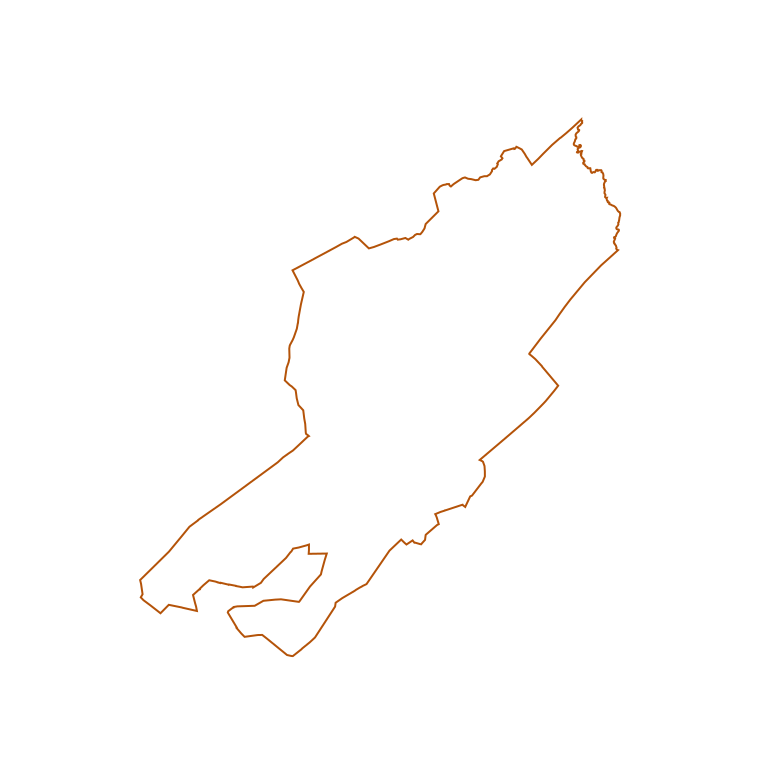 the district of Pušmucovas pag., Ciblas, Latvia, rotated 138°
{"feature_id": "27541924B48710808686616", "entity_name": "Pušmucovas pag.", "entity_type": "district", "adm_level": 2, "iso_a3": "LVA", "parent_name": "Latvia", "parent_adm1": "Ciblas", "projection": "robinson", "projection_center": [27.687, 56.641], "detail": "fine", "context": "isolated", "style": "outline", "palette": "amber", "viewbox_px": 768, "rotation_deg": 138, "n_neighbors": 0, "source": "geoboundaries", "source_scale": "gbopen_adm2", "svg_char_len": 5905}
<svg xmlns="http://www.w3.org/2000/svg" viewBox="0 0 768 768"><g transform="rotate(138 384 384)"><path d="M703.5,363.2L691.7,363.9L683.7,353.1L683.6,352.8L674.9,340.5L672.6,344.3L671.0,347.6L667.1,355.0L659.5,355.0L658.8,354.8L658.2,354.6L658.0,355.1L652.9,355.3L645.2,355.1L641.5,350.0L639.7,347.0L639.8,347.0L638.8,345.5L638.4,345.6L634.0,339.2L633.8,338.7L633.4,338.8L629.1,333.1L629.2,332.9L627.0,330.1L625.5,328.0L625.1,327.5L617.0,321.2L616.8,320.9L617.3,320.3L608.5,318.6L603.9,319.6L573.2,320.3L566.0,321.6L565.1,321.5L561.7,322.5L556.9,319.6L549.7,316.0L547.2,314.9L551.0,310.7L553.6,308.2L540.0,296.3L545.6,293.0L555.6,286.6L558.3,284.7L574.5,283.0L591.9,279.1L593.0,279.0L604.6,292.9L609.2,296.6L618.7,303.6L628.5,305.7L641.8,316.9L645.0,318.9L645.4,318.5L646.3,318.9L651.8,319.4L653.0,318.7L656.4,301.4L656.8,301.4L657.0,294.1L656.8,289.4L645.9,282.0L642.4,279.0L641.5,273.9L637.4,247.5L635.3,244.5L634.6,243.6L633.8,242.8L622.7,242.1L622.2,242.2L621.5,242.2L611.8,241.7L604.9,241.8L569.3,251.3L566.3,253.8L558.3,252.8L544.0,249.9L542.7,249.8L538.1,248.9L535.9,248.3L535.3,248.3L530.9,247.0L491.4,256.5L475.3,256.9L475.0,252.1L474.7,249.7L467.4,248.6L467.6,245.7L467.1,245.4L464.2,240.7L463.6,240.0L462.7,240.2L457.8,240.7L454.1,243.9L453.7,244.0L438.9,243.7L437.1,243.2L434.1,249.5L433.3,251.7L433.0,253.0L427.6,251.1L423.4,249.2L423.2,249.3L422.2,248.7L408.1,242.5L406.4,241.7L406.5,241.3L405.9,238.3L395.4,242.7L394.9,242.8L393.8,242.3L393.2,242.2L378.2,245.0L376.5,245.2L376.1,245.3L371.0,247.7L370.7,248.0L367.5,251.6L364.2,255.8L362.5,259.9L362.6,260.8L363.7,263.5L325.6,262.4L299.4,261.8L291.5,262.0L278.8,262.8L275.3,263.1L262.3,265.0L255.7,266.2L254.9,291.0L254.7,291.5L254.9,301.3L255.5,306.2L256.0,309.0L255.9,309.2L255.6,309.4L237.3,312.9L213.9,316.7L207.1,318.4L198.5,320.3L189.0,322.1L166.7,325.3L143.3,326.9L120.5,326.9L120.9,327.8L120.9,329.1L120.7,329.4L119.9,329.8L119.5,330.8L119.0,331.8L119.0,333.5L118.6,334.0L118.8,334.6L118.4,335.1L118.2,335.8L117.8,336.1L114.9,337.4L114.8,337.8L115.3,338.3L115.3,338.5L115.2,338.8L114.6,339.1L113.4,338.6L113.0,338.6L111.2,339.6L109.6,340.2L107.0,340.7L106.6,341.0L106.3,341.5L106.3,341.8L107.1,342.7L107.4,343.4L107.2,344.2L106.9,344.6L106.5,344.9L104.2,345.3L103.1,345.7L102.0,347.2L101.3,347.2L99.9,348.3L99.6,348.4L99.2,348.8L97.4,350.3L95.8,351.2L94.4,352.7L94.3,353.2L93.9,353.9L93.9,354.1L94.3,354.7L94.4,355.9L94.3,356.8L93.7,359.5L93.7,360.6L93.9,361.9L94.2,362.8L94.9,364.0L95.3,365.3L96.2,366.9L96.1,367.2L95.3,367.7L95.2,368.1L95.2,368.3L95.8,368.8L96.0,369.3L95.9,369.6L95.2,370.3L95.2,370.5L95.5,371.0L95.3,371.6L94.7,372.4L94.6,373.0L93.8,373.3L94.4,373.8L94.6,374.6L94.6,375.0L94.0,375.6L92.9,376.3L92.7,376.8L92.5,378.2L91.7,379.1L90.1,380.3L89.6,381.4L89.1,381.8L89.2,382.4L89.0,382.8L88.7,382.8L87.6,384.3L87.4,384.8L86.3,385.7L84.5,386.5L84.2,386.6L83.4,386.4L82.7,387.3L83.4,388.0L83.6,389.7L83.3,390.3L81.4,392.1L80.5,393.5L80.2,394.6L80.1,395.0L80.6,395.8L79.5,397.1L79.5,397.5L80.9,398.8L82.4,399.3L82.6,399.5L82.1,400.3L83.0,401.1L83.3,401.1L85.2,400.3L85.8,400.3L86.6,401.4L87.3,401.6L88.0,401.6L88.3,401.9L88.4,402.4L88.0,403.7L86.3,406.3L86.4,406.5L87.5,407.2L88.0,407.7L88.1,408.3L87.7,408.8L87.7,409.1L88.2,410.7L88.1,411.9L88.2,412.6L87.9,413.0L88.5,414.3L88.1,415.0L87.7,415.2L86.5,415.1L85.8,415.5L85.6,415.9L86.0,416.4L85.9,416.6L85.7,417.1L85.1,417.7L85.1,418.2L85.3,418.7L85.4,419.7L84.6,422.3L84.2,422.8L84.0,423.0L83.3,422.9L83.2,423.1L83.4,423.5L82.5,423.8L80.9,424.6L81.1,424.9L82.4,425.3L83.4,425.9L85.0,426.1L85.6,426.9L85.6,427.1L85.3,427.3L84.6,427.2L83.9,427.4L83.5,427.8L83.2,428.7L82.7,429.1L82.2,429.1L81.6,429.3L80.1,428.7L79.6,428.6L78.5,429.0L78.2,429.3L78.1,429.6L78.2,430.3L78.9,430.8L79.8,430.1L80.1,430.0L80.7,429.9L81.2,430.1L81.2,430.6L81.7,431.3L81.7,431.9L82.4,433.1L82.7,433.9L82.8,434.7L82.6,435.1L81.9,435.8L79.9,436.6L78.1,437.8L76.9,437.8L76.3,438.3L75.9,438.7L76.0,439.4L75.2,440.6L74.6,441.2L73.2,441.6L70.3,441.5L69.2,441.9L69.0,442.1L69.0,442.3L69.5,442.7L69.6,443.2L68.6,445.0L67.0,445.3L64.8,445.0L63.6,445.4L62.5,445.3L62.0,445.4L61.8,445.6L61.7,446.0L60.7,446.9L60.8,447.2L61.0,447.5L61.1,447.8L61.0,448.1L60.5,448.6L72.7,448.4L80.8,448.5L87.8,448.8L88.6,449.0L99.1,449.2L111.5,448.6L118.6,448.1L127.5,447.9L126.2,456.7L126.2,457.3L125.4,460.8L124.7,466.1L125.5,468.3L126.7,471.3L126.9,471.7L127.7,471.4L129.5,471.2L130.0,471.5L129.8,472.3L138.9,476.7L144.8,475.0L144.9,472.6L145.0,472.6L146.2,472.1L149.8,472.8L152.3,472.1L152.3,471.2L154.9,469.9L157.9,470.0L158.6,471.1L160.7,470.7L161.3,469.9L165.1,468.9L167.0,469.3L168.4,469.5L170.4,471.3L174.0,473.1L174.4,473.2L177.2,472.6L179.5,474.1L182.1,477.9L184.2,480.3L185.6,483.3L187.4,484.2L188.3,484.5L197.9,485.9L199.5,486.0L202.1,486.0L202.3,486.3L202.4,487.8L201.9,489.1L203.8,490.7L204.5,490.8L206.7,492.2L208.2,492.7L210.5,493.3L219.5,492.3L228.0,475.9L246.0,475.0L249.8,472.5L253.8,471.4L256.7,471.0L257.1,471.3L259.1,473.4L261.2,474.0L264.0,473.8L268.1,474.9L269.4,475.0L270.4,478.2L274.9,480.5L277.2,482.1L277.1,483.4L279.7,485.1L284.8,486.8L293.3,490.0L299.9,492.6L304.5,494.9L305.6,509.1L307.3,513.0L308.3,513.0L316.9,514.7L321.4,516.4L328.1,517.9L364.0,526.7L375.9,529.7L377.4,524.0L378.8,518.7L379.3,517.2L380.0,515.3L381.1,510.6L382.0,506.1L392.4,498.8L402.4,491.1L405.0,488.9L407.1,486.9L407.3,486.9L411.8,483.4L419.8,479.0L422.5,477.8L427.5,476.0L428.5,475.5L430.7,473.7L436.0,467.5L436.8,466.6L437.4,466.2L440.3,464.0L445.5,461.2L455.3,453.1L454.8,446.3L454.2,443.9L453.8,438.6L455.3,436.3L458.4,431.8L461.7,425.6L461.6,418.5L466.3,411.8L469.3,407.0L474.9,399.9L475.3,398.8L474.9,397.4L474.7,395.6L475.7,395.9L496.2,395.5L501.1,396.2L508.1,397.0L515.4,396.9L585.8,403.9L612.8,407.3L613.0,407.3L613.2,407.1L624.1,408.1L635.7,406.3L656.0,403.3L696.4,401.5L698.3,398.0L704.1,389.3L707.5,388.2L707.4,384.3L705.7,375.7L704.1,366.7L703.5,363.2Z" fill="none" stroke="#b45309" stroke-width="2"/></g></svg>